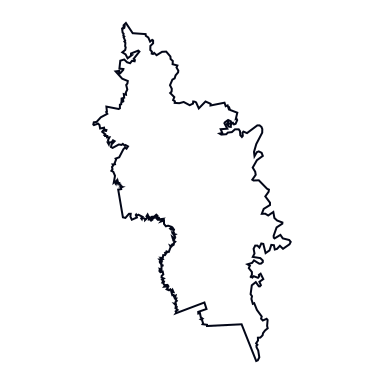 Minatitlán, Veracruz, Mexico (Natural Earth projection)
{"feature_id": "50627088B22697915736316", "entity_name": "Minatitlán", "entity_type": "district", "adm_level": 2, "iso_a3": "MEX", "parent_name": "Mexico", "parent_adm1": "Veracruz", "projection": "natural_earth1", "projection_center": [-94.427, 17.705], "detail": "fine", "context": "isolated", "style": "outline", "palette": "ink", "viewbox_px": 384, "rotation_deg": 0, "n_neighbors": 0, "source": "geoboundaries", "source_scale": "gbopen_adm2", "svg_char_len": 6035}
<svg xmlns="http://www.w3.org/2000/svg" viewBox="0 0 384 384"><path d="M100.8,117.3L96.6,121.9L93.8,122.3L93.3,124.5L93.9,125.1L98.1,123.6L99.5,125.0L100.1,128.5L104.0,127.7L104.1,129.4L106.4,130.0L106.1,130.9L103.1,130.5L102.2,131.8L105.1,134.1L104.5,135.0L105.5,135.2L105.3,136.0L107.2,136.0L107.0,137.4L109.5,137.3L108.0,140.2L108.7,142.3L107.7,142.4L108.8,144.4L109.2,142.7L111.8,142.0L113.0,140.3L114.6,141.2L111.6,144.3L111.0,147.0L112.6,147.9L118.8,144.5L121.6,144.9L122.8,143.9L125.0,145.8L125.6,145.1L128.0,146.4L126.5,148.7L125.0,147.6L123.4,149.2L119.2,157.3L115.6,158.6L116.1,159.5L114.7,163.0L115.0,164.2L112.7,164.4L113.3,165.3L112.0,167.0L112.5,169.2L111.4,170.8L113.3,171.8L115.0,175.8L113.8,182.5L114.9,181.5L115.5,183.2L116.4,181.4L116.9,183.1L117.6,180.8L118.3,183.3L119.3,183.1L119.2,184.5L121.2,184.6L120.1,185.0L121.3,186.0L120.5,186.7L122.2,187.0L121.0,187.5L121.2,189.1L118.2,189.6L122.9,217.3L125.4,217.9L129.0,213.8L130.7,213.8L130.4,216.6L131.8,219.7L136.9,217.5L135.8,215.0L136.1,214.6L136.6,215.7L138.4,214.7L142.5,216.8L141.2,218.3L141.8,219.1L142.0,218.3L143.8,218.3L145.1,218.8L145.1,220.0L147.6,217.6L146.5,216.3L147.6,214.5L148.7,216.8L150.8,217.7L149.1,218.2L148.9,219.4L151.8,218.6L150.4,221.1L152.5,219.6L152.0,216.8L152.9,216.7L154.2,218.6L154.0,216.8L156.3,214.7L157.3,215.6L156.5,216.5L157.8,217.2L156.1,217.9L157.8,219.8L158.8,219.8L158.1,219.0L159.0,218.2L159.6,219.3L163.3,218.8L161.0,221.5L164.0,220.5L164.0,223.9L165.9,226.3L168.1,225.7L171.7,226.9L172.2,227.3L170.2,228.7L171.2,229.5L173.7,228.1L172.6,229.7L173.9,229.8L173.3,232.0L173.9,232.7L173.4,233.5L172.4,232.9L172.6,233.6L175.3,234.4L174.0,235.2L175.1,237.0L173.7,238.0L172.3,236.9L172.9,238.9L174.4,238.9L173.4,240.6L175.2,241.7L174.0,242.8L173.7,244.7L172.5,245.2L172.9,246.3L172.1,244.6L171.2,245.7L172.2,246.9L170.2,245.8L170.7,246.9L168.8,251.9L166.8,251.6L167.2,253.3L166.5,252.1L166.0,253.3L164.7,252.1L165.6,254.2L165.0,255.1L163.2,255.1L162.8,257.9L161.0,257.8L162.4,259.1L159.6,259.4L161.4,261.0L159.8,261.5L159.9,262.5L160.7,263.4L161.5,262.4L161.2,264.6L163.4,265.7L161.5,265.6L161.5,269.4L160.0,269.0L160.8,270.3L159.5,270.4L159.5,271.2L160.4,272.2L162.7,271.6L163.3,274.4L161.7,275.8L161.5,277.5L163.8,278.5L162.1,279.7L163.3,280.6L162.5,282.3L163.8,282.1L163.3,283.4L164.9,285.8L164.2,286.7L166.4,286.5L166.2,285.0L167.5,284.9L168.3,286.1L167.0,286.9L167.9,287.9L166.7,289.3L169.0,290.3L170.4,289.3L171.7,291.1L172.5,289.8L173.5,292.1L171.4,292.0L172.3,295.2L173.6,294.9L173.9,296.4L175.6,295.6L174.9,298.2L176.3,298.4L175.6,299.6L176.8,300.8L175.4,302.2L175.9,304.1L174.5,303.8L175.9,305.3L175.6,307.7L176.6,307.4L176.3,308.8L177.6,309.9L175.7,311.3L176.4,312.4L175.8,313.3L204.4,302.5L206.5,309.0L198.2,311.9L198.3,313.5L199.9,313.0L200.8,317.3L202.5,318.6L200.9,319.3L202.0,319.9L203.1,323.4L202.6,324.2L207.0,324.8L207.0,326.0L241.6,324.3L256.2,361.0L257.8,360.3L259.3,357.3L258.2,350.5L256.6,347.4L256.4,345.8L257.4,344.8L256.1,343.3L258.0,340.5L257.9,337.7L260.3,337.6L262.6,335.3L263.0,333.2L265.0,330.5L267.7,328.3L267.1,325.9L267.6,320.0L266.6,318.8L262.8,320.5L261.1,318.7L261.7,316.5L256.9,309.9L254.2,303.2L252.8,303.8L251.4,298.9L252.0,296.2L250.6,294.2L251.8,285.3L255.8,282.1L258.8,286.3L259.8,286.4L260.9,285.2L259.4,281.8L263.3,279.1L260.6,273.7L258.9,274.9L259.2,276.4L258.0,277.8L253.7,276.2L252.4,277.5L251.5,276.6L250.3,277.6L251.9,274.8L251.9,272.0L248.8,268.1L249.9,265.7L247.5,264.3L252.1,262.9L254.0,260.4L259.3,263.7L261.0,263.6L262.8,262.1L262.8,260.5L260.3,258.1L252.8,256.9L254.5,253.5L253.6,248.8L255.2,245.6L257.4,245.6L259.4,247.6L261.3,243.5L263.3,243.9L265.6,253.1L269.5,250.4L271.3,244.9L273.9,245.2L274.8,249.5L277.0,248.9L279.9,245.8L283.0,248.8L289.5,244.3L290.7,241.9L289.2,240.0L282.8,238.4L280.4,234.9L274.6,238.4L273.8,237.7L273.6,235.9L276.6,227.4L282.3,223.7L282.4,222.5L277.1,220.5L274.4,218.0L273.3,212.0L268.2,215.5L265.2,213.7L261.8,213.8L263.7,208.9L270.0,205.0L270.0,202.7L265.3,196.4L268.6,191.8L268.9,189.6L267.1,188.8L258.8,180.3L253.5,180.5L252.3,179.7L255.7,174.8L255.2,171.7L252.7,167.6L256.9,160.2L262.8,155.9L261.6,152.8L258.7,151.4L256.8,152.2L254.5,156.2L254.0,151.9L256.3,144.0L262.2,132.7L262.3,129.1L261.5,127.0L259.6,125.4L257.3,125.4L247.0,133.1L243.4,131.6L242.5,132.7L242.8,135.9L241.9,137.0L240.3,135.2L240.0,131.2L238.7,129.3L235.0,129.3L231.9,132.1L227.8,132.6L226.3,134.2L221.3,134.6L219.6,133.6L222.3,133.0L220.7,129.2L227.3,128.7L224.4,123.2L224.8,122.4L228.1,120.0L230.8,121.3L231.2,122.3L230.5,123.2L228.9,123.9L228.2,122.3L227.0,123.9L228.8,126.6L230.8,126.9L230.9,124.6L232.9,122.8L234.0,124.4L235.6,123.8L237.2,120.1L236.5,118.7L235.8,119.0L237.3,112.7L230.0,109.9L229.3,107.9L228.7,108.7L227.6,105.4L225.7,106.2L224.5,102.7L210.5,105.5L210.6,103.8L205.5,101.5L198.8,108.4L196.1,102.4L194.7,101.7L193.2,101.5L193.0,103.6L189.7,105.2L183.7,102.0L179.3,103.2L174.7,102.9L174.9,101.3L173.1,100.1L174.3,97.1L170.2,93.0L171.6,91.6L171.8,88.8L170.0,85.2L172.4,79.6L174.6,78.4L175.6,75.3L178.1,72.4L178.3,70.6L176.5,67.5L177.4,65.5L172.6,64.2L172.8,61.0L170.6,59.0L170.4,56.5L166.2,51.6L162.1,51.8L156.6,55.2L154.1,52.9L153.0,54.0L151.7,53.6L151.9,51.6L150.3,50.0L150.4,45.9L153.1,43.3L153.1,40.5L152.2,39.9L150.1,41.6L148.3,37.5L145.8,35.8L145.6,34.1L132.7,33.2L125.9,23.0L123.6,25.3L123.6,26.6L124.6,26.4L124.3,27.9L123.6,28.3L123.6,27.4L122.1,28.5L122.6,32.6L123.6,33.7L123.3,35.5L124.3,36.5L123.6,37.2L125.2,40.8L124.4,41.5L125.4,42.9L125.1,46.1L125.7,47.4L125.2,50.0L122.3,52.3L125.6,54.4L127.6,58.3L131.9,55.1L131.0,54.9L131.0,53.5L138.3,50.6L139.4,51.6L133.7,58.8L134.9,60.1L134.6,61.3L132.0,60.8L130.1,63.2L127.1,62.3L124.2,59.5L120.3,60.7L119.4,68.6L123.4,69.0L123.2,69.9L120.1,73.4L119.0,73.3L119.2,70.9L115.6,71.4L122.2,78.7L127.8,81.0L127.4,83.5L126.2,85.0L127.3,89.5L125.8,92.6L126.0,94.7L123.8,94.1L124.2,97.7L121.6,98.5L121.6,100.2L123.1,99.2L123.3,101.4L121.3,102.4L121.2,104.3L119.9,104.7L119.9,108.3L118.7,109.0L106.4,106.6L106.9,111.5L106.2,112.0L107.3,113.8L100.8,117.3Z" fill="none" stroke="#020617" stroke-width="2"/></svg>